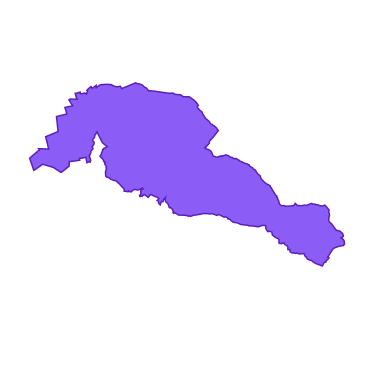 the district of Cetate, Bistrita-Nasaud, Romania, rotated 36°
{"feature_id": "2599482B32384064794632", "entity_name": "Cetate", "entity_type": "district", "adm_level": 2, "iso_a3": "ROU", "parent_name": "Romania", "parent_adm1": "Bistrita-Nasaud", "projection": "albers", "projection_center": [24.662, 47.098], "detail": "fine", "context": "isolated", "style": "filled", "palette": "violet", "viewbox_px": 384, "rotation_deg": 36, "n_neighbors": 0, "source": "geoboundaries", "source_scale": "gbopen_adm2", "svg_char_len": 5995}
<svg xmlns="http://www.w3.org/2000/svg" viewBox="0 0 384 384"><g transform="rotate(36 192 192)"><path d="M346.0,144.3L345.1,143.6L344.5,142.7L343.6,142.0L342.6,141.6L341.9,141.8L341.7,141.5L341.2,141.2L340.6,141.4L339.6,141.4L340.5,139.0L339.9,138.3L339.0,137.5L338.2,137.1L337.1,136.9L334.5,136.7L331.1,138.1L323.7,135.7L320.5,135.5L319.5,134.8L318.5,133.6L316.8,129.7L315.2,128.5L313.8,127.0L313.5,126.0L308.6,124.7L307.0,124.6L305.8,126.7L303.1,128.0L301.3,128.4L300.0,129.2L298.3,129.7L297.0,130.7L295.5,130.9L294.3,132.6L292.7,135.4L290.8,136.4L288.4,139.1L286.9,139.7L285.4,141.0L282.2,140.5L282.2,143.2L280.1,145.3L275.9,148.6L274.4,148.9L273.6,149.7L271.7,150.6L270.4,150.5L268.6,149.4L267.4,148.2L265.3,147.3L264.7,146.5L263.6,146.4L263.1,145.4L261.8,145.5L254.3,142.4L253.6,142.0L252.5,141.9L252.3,141.5L251.4,141.0L247.2,141.6L245.4,141.6L241.9,141.0L240.2,140.8L237.8,138.9L235.6,138.7L234.9,139.0L233.6,138.3L232.2,138.0L230.8,137.1L227.4,137.3L227.1,136.9L223.9,137.1L222.9,137.0L222.4,136.5L219.9,136.9L217.5,137.9L215.3,138.1L213.7,138.6L213.0,138.7L212.7,138.9L211.7,138.6L209.8,138.9L207.9,138.9L206.9,140.2L205.6,140.4L204.6,140.3L203.8,140.6L203.7,140.9L203.4,140.9L203.2,141.1L202.8,141.1L202.5,141.4L201.5,141.2L200.1,141.2L199.4,141.4L199.3,141.8L199.1,141.9L197.9,141.9L197.4,142.2L197.2,142.7L196.7,143.2L196.5,143.8L195.6,144.4L195.6,145.2L195.4,145.5L194.4,145.6L194.3,146.2L193.6,146.4L193.3,147.5L192.6,147.9L192.5,148.4L191.9,149.0L190.7,149.7L189.3,149.9L188.6,150.3L187.6,150.3L186.7,149.6L184.7,148.5L184.0,148.1L182.6,147.8L180.8,147.8L179.1,148.5L177.5,148.9L176.5,148.7L176.4,148.1L176.7,147.8L176.5,147.7L176.7,147.3L176.9,146.5L176.8,146.2L176.9,145.9L177.1,145.2L177.3,142.3L176.2,140.3L176.5,138.8L176.9,135.3L177.2,126.8L174.8,126.1L174.5,125.8L173.8,125.7L171.5,125.5L170.5,125.5L170.2,125.8L169.4,125.8L168.5,125.4L167.7,125.8L166.8,125.9L165.2,125.1L164.3,124.9L161.7,124.6L159.8,124.6L157.8,123.6L154.8,122.6L153.2,121.5L152.3,121.2L150.2,121.4L149.6,121.0L149.0,120.9L147.6,120.8L146.8,120.4L146.0,119.7L146.3,118.2L142.9,117.0L142.2,117.0L141.4,116.7L139.1,116.5L133.7,116.6L133.0,117.0L131.4,118.4L128.5,120.2L126.6,119.9L125.2,120.2L124.2,121.0L122.1,122.3L120.5,123.0L118.4,123.2L115.3,125.7L102.0,132.7L98.2,134.9L97.7,135.7L93.9,134.7L92.4,135.1L88.9,134.7L87.7,134.9L85.2,135.8L83.2,136.9L82.4,136.7L81.6,137.8L74.3,149.7L71.9,148.6L69.7,150.8L68.7,151.4L67.1,151.9L66.4,152.3L63.4,152.6L61.4,154.1L60.9,154.1L55.4,158.5L54.4,160.0L53.9,161.4L53.3,163.9L51.8,162.1L50.4,166.7L48.2,166.1L47.3,170.4L47.2,171.6L48.2,171.8L48.6,173.4L48.6,174.0L49.1,174.3L49.2,174.8L48.0,175.2L47.1,174.9L45.9,176.3L44.0,178.1L42.8,176.9L41.8,178.1L41.7,178.2L41.9,178.3L40.6,179.9L39.5,180.8L42.9,183.6L44.5,184.6L38.7,188.5L38.2,189.8L44.8,192.4L39.5,198.3L44.9,202.4L38.0,210.6L48.1,221.8L41.1,233.3L50.8,241.5L42.5,247.1L43.8,247.5L41.7,255.9L40.8,260.1L51.3,267.5L53.3,262.1L54.9,257.3L65.4,253.6L74.4,253.2L74.7,252.9L75.4,250.7L77.4,243.3L74.9,239.5L78.4,236.3L82.5,232.3L81.2,231.1L83.3,229.1L85.8,226.2L87.2,227.7L89.8,230.1L90.9,227.7L91.6,227.9L92.0,227.7L91.7,227.3L91.6,226.1L90.6,225.4L90.0,224.6L89.4,224.7L89.0,224.4L88.6,223.7L87.6,223.4L87.4,222.9L87.7,222.0L87.6,221.4L87.2,220.9L87.1,219.8L86.9,219.3L86.3,218.8L86.2,218.2L86.5,215.9L86.4,215.3L85.7,214.5L85.3,214.4L84.5,213.9L84.4,213.4L84.7,212.5L84.7,212.0L84.4,210.6L84.0,209.9L83.3,209.1L82.2,209.3L81.5,208.7L81.0,207.9L80.8,207.3L81.1,205.1L79.8,202.9L80.0,202.4L80.2,202.2L79.7,200.0L79.7,199.5L79.8,199.2L90.5,204.8L96.7,205.2L96.3,206.5L95.8,207.2L95.1,208.4L94.8,210.2L95.3,210.4L95.5,212.0L95.9,213.7L96.6,215.2L96.4,217.0L97.2,217.4L100.2,217.8L101.6,218.2L102.5,219.1L103.2,219.2L103.6,218.9L104.4,219.4L104.2,219.8L105.6,220.8L105.6,221.0L106.3,221.1L107.9,221.9L107.8,222.1L107.9,222.3L108.2,222.5L108.3,222.9L109.0,223.4L109.3,224.0L110.2,226.7L112.9,229.9L114.4,230.1L116.7,229.1L118.7,229.5L119.8,229.0L122.1,228.6L123.6,227.6L130.1,228.4L131.7,228.9L134.5,229.3L135.8,229.8L136.4,230.6L136.4,231.0L136.5,231.2L140.2,229.3L140.4,228.7L140.8,228.5L140.5,228.3L142.0,228.1L142.5,227.8L142.9,227.3L143.0,225.8L143.3,224.7L144.6,223.3L147.0,222.3L147.7,221.1L147.8,220.7L149.0,219.6L149.1,218.6L149.5,218.0L150.6,218.2L150.0,218.8L149.9,219.4L149.9,220.1L149.7,221.0L151.3,222.9L151.9,224.2L151.8,225.4L151.6,225.6L152.2,226.2L152.7,226.3L152.9,225.8L153.3,225.1L154.2,224.9L154.2,224.5L154.1,223.9L154.6,223.2L154.9,222.1L158.8,222.0L159.7,222.2L159.9,218.5L160.3,218.1L163.6,217.7L167.3,216.5L168.9,216.6L168.8,219.4L169.4,219.1L170.2,219.1L171.5,220.6L172.5,221.0L173.9,221.1L172.9,218.1L173.0,217.6L174.2,217.0L174.1,216.4L173.5,215.1L173.7,212.0L174.3,213.2L174.6,213.9L176.3,215.2L178.6,215.6L179.4,215.6L180.6,216.5L181.6,217.0L182.2,217.7L183.3,217.8L183.3,217.3L185.7,217.3L188.1,218.6L188.7,219.9L189.8,220.0L189.8,219.2L191.3,218.8L192.6,218.6L194.6,218.6L199.5,215.3L202.2,213.8L203.1,213.9L204.0,212.9L205.3,212.4L207.1,209.7L208.8,208.2L213.1,203.7L214.1,202.3L215.1,202.1L216.1,201.1L219.2,199.4L220.9,197.8L223.1,197.0L225.9,196.3L227.0,194.4L232.9,193.5L233.7,192.4L234.4,192.0L235.8,192.0L237.0,192.7L237.7,192.1L239.4,191.8L240.6,192.3L242.2,192.1L243.0,192.3L245.0,191.3L246.0,190.7L247.7,190.1L250.4,189.7L256.8,186.1L257.7,186.0L261.3,183.7L266.2,181.1L268.6,177.6L271.4,175.8L273.5,178.4L276.6,179.5L278.1,178.1L280.2,177.5L282.2,179.5L286.0,179.8L289.7,179.0L290.6,179.7L291.5,180.8L292.1,182.1L293.1,182.1L294.7,181.3L296.0,179.2L297.9,179.9L300.1,179.6L302.1,180.2L302.7,181.5L303.6,182.3L305.0,181.0L306.4,182.6L308.6,182.6L310.7,181.2L312.1,180.7L312.6,179.8L315.3,179.0L318.8,176.0L321.3,177.5L322.8,177.5L324.6,178.4L326.9,178.1L329.1,177.1L330.3,177.4L333.7,177.2L335.8,176.7L337.6,176.1L339.4,175.8L341.0,175.1L340.8,173.8L340.3,172.1L340.7,171.0L341.5,169.9L341.0,168.6L341.4,167.1L341.7,164.9L340.7,164.5L340.0,164.9L339.5,155.4L340.0,153.7L342.8,149.5L345.9,146.4L346.0,144.3Z" fill="#8b5cf6" stroke="#5b21b6" stroke-width="1.5"/></g></svg>